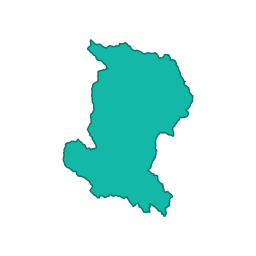 Rodriguez de Mendoza, Amazonas, Peru, rotated 162°
{"feature_id": "86281439B72683184025265", "entity_name": "Rodriguez de Mendoza", "entity_type": "district", "adm_level": 2, "iso_a3": "PER", "parent_name": "Peru", "parent_adm1": "Amazonas", "projection": "robinson", "projection_center": [-77.448, -6.363], "detail": "fine", "context": "isolated", "style": "filled", "palette": "teal", "viewbox_px": 256, "rotation_deg": 162, "n_neighbors": 0, "source": "geoboundaries", "source_scale": "gbopen_adm2", "svg_char_len": 5839}
<svg xmlns="http://www.w3.org/2000/svg" viewBox="0 0 256 256"><g transform="rotate(162 128 128)"><path d="M85.4,193.3L86.7,193.3L87.7,193.6L88.4,193.2L88.8,193.2L89.3,193.6L89.8,193.7L90.9,194.3L91.9,196.0L92.8,197.0L94.0,197.9L95.3,199.1L96.2,199.3L97.3,199.0L97.8,199.6L98.8,200.0L99.4,200.9L100.0,201.5L100.6,204.3L101.1,205.5L102.0,206.1L102.8,207.5L103.1,208.8L104.5,210.2L105.7,209.5L106.6,209.4L108.1,209.9L109.8,210.9L110.4,210.1L110.7,209.3L112.2,208.9L113.7,209.9L115.4,209.4L116.7,209.6L117.1,209.8L117.7,210.5L118.8,211.3L120.3,211.9L121.4,211.7L123.2,210.9L123.9,210.8L124.7,211.1L126.3,212.7L128.8,216.2L130.0,216.7L131.4,216.9L133.2,217.9L136.1,223.2L136.5,223.0L136.9,222.5L137.7,218.4L138.7,217.4L140.1,217.2L141.0,216.7L141.8,216.0L142.0,215.5L141.1,214.3L140.1,211.4L139.2,210.7L138.9,210.2L138.3,208.2L136.6,206.5L136.5,206.0L136.7,204.2L136.4,203.0L136.0,202.1L135.2,201.4L132.9,200.5L132.3,200.0L131.1,196.9L129.5,194.7L129.4,191.4L129.0,190.7L130.6,190.9L131.8,190.6L134.1,191.1L135.2,190.8L135.8,190.8L137.6,191.2L139.2,190.7L139.5,189.7L139.5,189.2L139.7,188.2L140.6,186.7L141.3,183.5L141.5,183.0L142.3,181.9L142.7,181.5L143.0,181.4L143.5,181.5L144.6,181.4L145.6,180.9L146.8,180.8L147.2,180.7L148.2,179.7L149.1,177.8L150.5,176.2L150.9,173.8L151.8,171.3L152.7,169.7L152.6,167.9L153.3,166.3L153.8,163.1L153.4,162.0L153.3,161.2L153.6,160.0L154.1,158.5L154.8,155.4L155.4,155.1L157.2,153.2L157.7,153.0L158.4,152.9L159.1,152.3L159.5,151.7L159.8,151.1L160.1,149.7L160.3,147.7L161.1,145.6L161.4,144.1L163.1,143.4L163.7,142.4L167.0,139.3L166.6,136.5L165.9,134.5L166.0,134.0L166.5,133.6L166.5,133.0L165.8,131.7L164.9,130.6L165.3,128.2L164.0,123.0L163.8,121.3L163.9,119.6L164.4,119.0L164.8,118.9L166.5,118.6L167.2,118.7L168.5,119.4L169.2,118.7L169.7,118.5L170.1,118.7L170.5,120.1L171.0,120.8L171.3,121.0L173.0,120.9L173.8,121.4L174.4,125.2L174.6,125.5L175.3,125.7L176.2,127.1L176.3,127.9L176.9,128.7L177.2,129.6L178.1,130.5L179.0,132.7L181.8,131.1L183.6,131.8L185.1,132.7L185.5,132.8L188.2,132.0L188.7,132.1L189.4,132.6L190.4,132.7L192.4,131.9L192.7,131.3L192.6,130.5L192.7,130.1L195.4,127.3L195.6,126.9L195.7,125.4L196.8,124.3L196.9,122.5L198.3,120.0L199.5,117.3L199.3,115.6L199.4,112.1L199.0,111.5L198.5,110.0L198.0,109.3L196.0,107.8L194.2,104.7L193.3,103.7L192.4,103.1L191.6,102.9L190.7,102.3L190.6,101.8L191.1,99.9L189.9,97.4L188.3,97.1L187.1,96.1L186.1,95.5L185.4,94.7L183.9,93.4L183.5,92.1L183.1,91.7L182.6,91.4L182.1,90.3L181.5,89.8L181.2,89.4L181.1,89.0L181.1,88.1L180.6,85.9L179.5,84.1L179.5,83.8L179.7,83.3L181.2,81.9L183.3,80.5L183.4,79.9L182.7,78.0L181.4,76.6L181.1,75.0L180.4,74.2L179.6,73.7L178.6,71.3L178.3,71.0L177.2,70.5L176.8,70.7L176.1,71.8L175.3,72.1L174.5,72.1L173.2,71.2L171.9,69.7L171.7,69.2L170.5,69.0L169.6,69.4L168.1,69.2L167.1,69.2L166.0,70.0L165.3,70.1L165.1,70.0L163.6,68.1L163.2,67.7L160.6,67.7L160.1,67.6L159.4,67.2L158.4,66.0L156.9,65.7L156.3,65.1L155.3,63.5L155.0,63.3L154.0,63.1L153.4,62.2L150.1,62.8L150.0,62.5L150.1,61.3L149.0,56.5L148.7,55.7L148.0,54.6L147.4,52.9L147.3,51.9L147.1,51.8L146.9,51.8L145.1,52.3L143.7,53.3L142.3,53.8L141.8,53.1L141.6,51.9L141.1,50.8L141.8,49.5L140.9,48.9L140.2,48.0L139.7,46.5L139.3,45.8L139.1,43.6L138.8,43.2L136.7,42.0L136.3,42.0L135.4,42.4L134.2,41.7L133.8,41.3L133.3,41.3L132.8,42.6L132.7,45.8L132.6,46.0L131.3,46.2L131.0,46.5L130.8,47.3L130.9,48.9L130.3,49.1L129.8,48.7L129.0,47.4L128.2,46.5L128.1,46.1L127.4,45.9L127.1,44.8L126.3,44.4L126.0,43.2L125.0,41.9L125.1,40.8L124.3,39.7L124.0,39.0L122.7,38.6L122.2,38.0L122.1,36.8L122.4,36.0L122.3,35.7L121.3,35.0L121.2,34.6L121.1,33.5L120.6,32.8L120.0,32.9L119.6,33.1L117.7,35.6L117.8,38.1L117.2,39.4L117.3,40.0L117.2,40.3L116.0,40.4L114.1,41.2L112.4,41.4L112.2,43.2L111.8,44.2L111.0,45.3L110.5,47.2L110.3,47.5L108.4,48.6L107.4,48.7L106.9,49.5L107.4,51.0L108.6,53.0L109.4,53.9L109.6,54.9L109.8,55.2L110.5,55.5L111.5,55.4L112.4,55.5L113.2,56.3L113.3,56.9L112.8,58.3L113.0,59.7L113.5,61.2L112.6,61.7L112.5,64.0L113.4,64.5L114.7,66.5L115.2,67.6L115.7,69.9L115.0,71.7L114.7,73.2L115.1,73.8L115.8,74.4L117.4,74.4L117.8,74.9L117.7,76.2L118.4,76.9L119.3,77.3L120.2,78.5L120.6,79.5L121.8,80.9L121.8,81.2L121.7,81.7L120.8,82.5L119.4,82.8L118.7,83.1L117.3,85.7L115.5,88.0L115.2,88.6L114.4,89.3L113.1,89.8L112.6,91.0L111.8,91.1L111.1,91.8L110.3,93.7L109.8,93.9L109.6,94.3L109.1,95.9L107.8,97.2L107.7,97.6L107.7,98.4L108.3,99.7L108.3,100.7L107.8,101.9L107.1,102.5L106.5,104.6L106.4,106.0L105.9,106.8L105.4,108.1L104.6,109.4L103.9,109.9L102.0,112.1L99.9,112.9L99.0,113.9L97.5,113.0L95.9,112.4L95.4,112.5L94.8,112.2L94.1,112.6L93.3,111.3L92.4,110.5L91.9,109.5L91.5,109.0L90.9,108.7L90.2,108.7L89.6,108.1L88.6,107.4L88.1,106.6L87.5,106.4L86.9,107.0L86.2,108.7L86.3,109.5L86.0,113.0L84.9,115.0L83.5,115.6L82.6,115.7L82.6,116.1L82.3,116.6L80.4,117.5L79.6,118.5L77.9,119.7L77.0,119.8L76.6,120.1L76.3,120.7L75.4,121.9L74.1,121.8L73.8,121.3L73.3,121.0L71.0,120.8L70.3,121.0L69.6,120.6L68.2,120.9L67.1,121.6L66.6,122.2L66.3,123.1L66.1,123.5L66.0,124.2L66.2,125.4L67.5,127.2L67.5,127.5L66.7,127.4L66.2,127.8L64.8,127.8L61.6,130.2L61.3,131.3L58.3,133.6L57.1,137.3L56.6,138.1L56.5,138.5L57.3,139.4L57.4,140.2L58.1,141.4L58.5,143.0L58.5,143.6L58.1,144.8L58.1,146.8L57.9,147.2L58.3,148.1L59.2,149.1L59.7,150.1L61.0,151.5L60.7,153.7L60.4,154.1L59.5,154.6L60.4,155.5L60.5,156.1L60.4,157.2L60.8,158.7L61.3,159.2L61.9,162.3L61.3,164.4L61.9,167.8L61.7,169.7L61.7,171.1L62.6,172.8L62.5,173.5L62.1,173.8L62.0,174.1L62.1,175.1L62.7,176.5L62.5,177.4L63.6,178.3L64.4,179.2L66.7,179.3L67.0,179.5L66.4,180.8L66.3,182.6L66.5,184.1L67.1,185.2L67.7,185.4L68.3,185.3L69.4,186.2L70.5,186.3L71.0,186.0L72.5,184.5L73.1,184.4L73.9,184.4L75.0,184.8L75.3,184.8L75.7,184.4L76.2,184.3L76.6,184.8L77.1,186.1L77.3,188.4L78.7,191.0L79.4,191.2L82.1,191.3L83.4,192.2L84.5,192.4L85.0,192.8L85.4,193.3Z" fill="#14b8a6" stroke="#0f766e" stroke-width="1.5"/></g></svg>